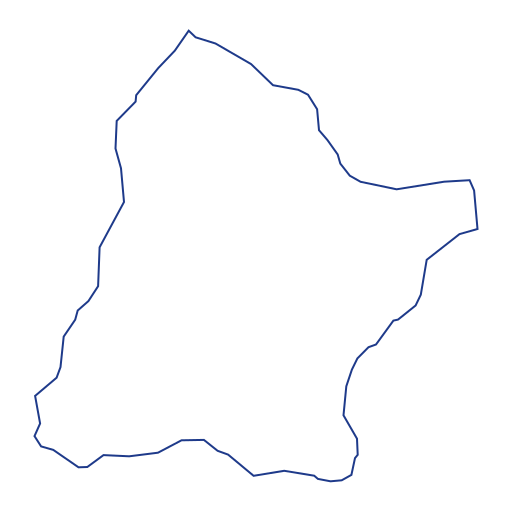 the district of Pastores, Sacatepéquez, Guatemala
{"feature_id": "79465075B63522445953752", "entity_name": "Pastores", "entity_type": "district", "adm_level": 2, "iso_a3": "GTM", "parent_name": "Guatemala", "parent_adm1": "Sacatepéquez", "projection": "albers", "projection_center": [-90.77, 14.602], "detail": "fine", "context": "isolated", "style": "outline", "palette": "blue", "viewbox_px": 512, "rotation_deg": 0, "n_neighbors": 0, "source": "geoboundaries", "source_scale": "gbopen_adm2", "svg_char_len": 966}
<svg xmlns="http://www.w3.org/2000/svg" viewBox="0 0 512 512"><path d="M351.4,474.9L355.0,458.1L357.7,454.8L357.0,438.7L343.5,415.3L346.3,386.3L351.9,369.6L357.4,358.4L368.5,347.2L376.0,344.5L393.4,320.6L398.0,319.6L415.6,305.5L420.8,294.7L426.7,259.8L459.5,234.1L477.5,229.0L474.1,190.5L469.6,180.2L444.1,181.7L396.6,189.3L360.6,181.8L349.8,175.7L340.3,163.6L337.7,154.5L327.4,140.0L319.0,130.2L317.1,109.2L308.0,94.7L298.3,89.8L273.0,85.2L251.1,64.1L215.5,43.5L195.6,37.3L188.7,30.7L174.8,50.7L158.3,68.0L136.2,95.2L135.6,101.6L116.7,120.9L115.5,148.5L121.0,168.3L124.0,202.0L99.6,247.3L98.1,286.2L88.4,301.1L77.7,310.5L75.2,319.7L63.7,336.6L60.5,367.1L56.6,377.7L35.1,395.9L40.1,423.5L34.5,436.1L41.1,446.4L53.3,449.9L78.5,467.3L87.3,467.0L103.5,455.1L129.2,456.3L158.0,452.7L181.5,440.3L203.9,439.9L217.6,450.8L228.1,454.6L253.6,475.8L284.2,470.8L314.2,475.7L317.9,478.9L330.5,481.3L341.7,480.3L351.4,474.9Z" fill="none" stroke="#1e3a8a" stroke-width="2"/></svg>